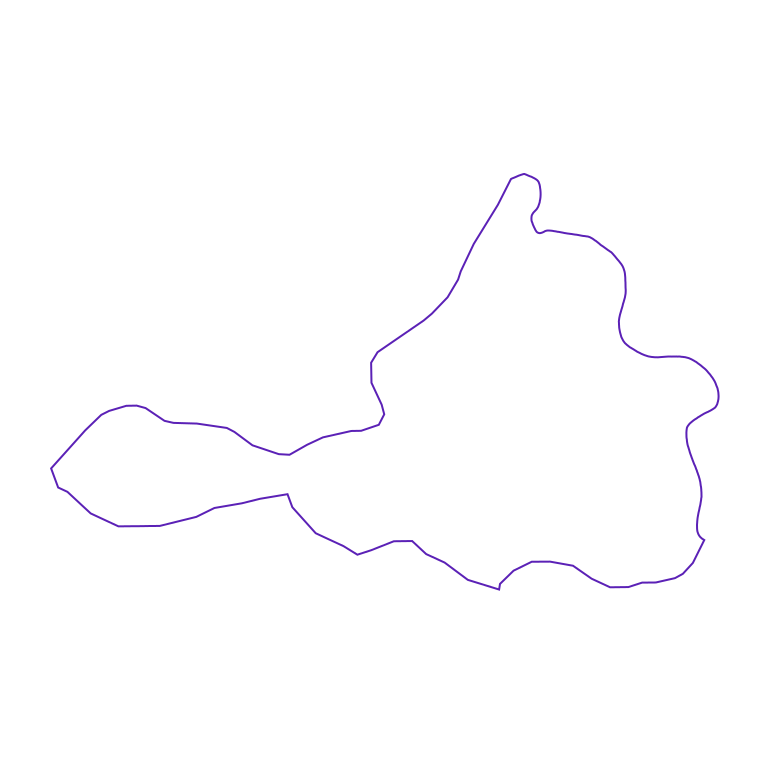 the district of Usi, Chagang-do, North Korea, rotated 89°
{"feature_id": "82179303B10804861284408", "entity_name": "Usi", "entity_type": "district", "adm_level": 2, "iso_a3": "PRK", "parent_name": "North Korea", "parent_adm1": "Chagang-do", "projection": "natural_earth1", "projection_center": [125.541, 40.577], "detail": "fine", "context": "isolated", "style": "outline", "palette": "violet", "viewbox_px": 768, "rotation_deg": 89, "n_neighbors": 0, "source": "geoboundaries", "source_scale": "gbopen_adm2", "svg_char_len": 5865}
<svg xmlns="http://www.w3.org/2000/svg" viewBox="0 0 768 768"><g transform="rotate(89 384 384)"><path d="M545.6,66.5L544.8,67.7L544.2,68.7L543.4,69.5L542.7,70.3L541.7,71.1L540.6,71.8L539.4,72.4L538.2,72.8L536.9,73.2L535.5,73.4L533.8,73.5L531.8,73.5L530.1,73.5L528.2,73.3L526.7,73.2L525.0,73.0L523.4,72.8L521.8,72.5L519.8,72.1L518.3,71.8L517.1,71.5L515.6,71.1L514.2,70.8L512.7,70.5L511.3,70.1L510.0,69.8L507.7,69.4L505.6,69.0L503.8,68.8L502.5,68.5L500.6,68.5L499.3,68.5L497.7,68.5L496.4,68.6L495.3,68.6L494.0,68.7L492.6,68.8L491.0,69.1L489.2,69.3L487.4,69.5L486.2,69.8L484.6,70.1L483.2,70.5L481.6,70.9L480.3,71.4L478.6,71.9L477.3,72.4L475.8,72.8L474.4,73.4L472.8,73.9L471.2,74.5L469.7,75.2L468.1,75.8L466.7,76.3L465.4,76.8L464.1,77.2L462.8,77.7L461.2,78.2L459.8,78.7L458.3,79.2L457.3,79.5L456.4,79.7L455.3,80.0L454.0,80.4L452.5,80.8L451.0,81.3L449.7,81.6L447.8,81.9L446.3,82.1L444.5,82.2L443.5,82.4L442.0,82.5L440.7,82.5L439.2,82.5L437.9,82.5L436.7,82.4L435.6,82.3L434.3,82.1L433.1,81.9L432.0,81.4L431.1,80.8L430.2,80.1L429.1,79.2L428.2,78.2L427.3,77.1L426.5,76.1L425.8,75.2L425.2,74.3L424.6,73.4L424.0,72.3L423.4,71.4L422.7,70.5L422.1,69.3L421.6,68.5L420.9,67.4L420.3,66.3L419.7,65.3L419.1,64.2L418.5,62.9L417.9,61.6L417.5,60.5L416.9,59.4L416.4,58.3L415.8,57.2L415.2,56.2L414.6,55.2L413.8,54.0L413.2,53.2L412.3,52.6L411.6,52.1L410.7,51.6L409.7,51.1L408.5,50.8L407.3,50.4L406.3,50.2L405.0,49.9L403.8,49.8L402.6,49.7L401.1,49.7L399.5,49.8L399.0,49.8L398.0,49.9L396.8,50.1L395.4,50.4L394.2,50.6L393.1,51.0L391.9,51.5L390.5,52.0L389.3,52.4L388.1,52.9L387.0,53.4L385.8,54.1L384.6,54.8L383.3,55.6L382.3,56.4L381.1,57.2L380.1,57.9L379.2,58.7L378.4,59.4L377.5,60.1L376.5,60.9L375.5,61.8L374.7,62.6L373.9,63.5L373.1,64.5L372.3,65.4L371.8,66.0L371.2,66.6L370.6,67.4L369.8,68.4L369.1,69.4L368.2,70.5L367.4,71.5L366.8,72.6L366.2,73.5L365.4,74.9L364.7,76.1L364.2,77.2L363.7,78.2L363.3,79.3L363.0,80.4L362.7,81.5L362.4,82.6L362.3,83.7L362.1,84.7L362.0,86.2L361.7,87.6L361.7,88.3L361.7,90.0L361.6,91.3L361.6,92.8L361.6,94.5L361.6,95.8L361.5,97.7L361.5,99.5L361.6,101.4L361.7,103.2L361.8,104.9L361.9,106.6L362.0,108.2L362.1,109.7L362.0,111.1L362.0,112.6L361.8,114.4L361.7,115.3L361.6,116.1L361.3,117.7L361.0,119.2L360.5,120.7L360.1,121.8L359.7,123.0L359.2,124.1L358.6,125.5L358.0,126.7L357.3,127.9L356.7,129.2L356.0,130.5L355.2,131.6L354.6,132.6L353.7,133.9L353.0,135.1L352.1,136.5L351.5,137.6L350.8,138.4L349.9,139.5L349.0,140.6L348.2,141.4L347.4,142.3L346.3,143.1L345.0,144.0L343.6,144.7L342.4,145.3L341.1,145.9L339.5,146.3L338.0,146.7L336.4,147.1L334.7,147.4L333.0,147.7L331.3,147.9L330.4,147.9L328.7,148.0L327.2,148.0L325.6,148.1L323.4,147.8L322.1,147.6L320.4,147.2L318.7,146.8L317.1,146.3L315.5,145.8L313.8,145.3L312.0,144.7L310.4,144.2L308.0,143.6L306.0,142.9L304.9,142.6L303.3,142.1L301.6,141.6L299.5,141.2L298.0,140.9L296.7,140.8L295.2,140.7L293.6,140.7L292.0,140.8L290.3,140.8L288.7,140.8L286.6,140.8L285.0,140.9L283.7,140.9L282.1,140.9L280.4,141.0L279.1,141.1L277.8,141.2L276.5,141.4L275.5,141.6L274.5,141.9L273.5,142.2L272.5,142.5L271.5,142.9L270.4,143.4L269.5,143.9L268.9,144.3L268.2,144.7L267.2,145.5L266.1,146.3L264.9,147.2L264.0,148.0L262.9,148.9L262.0,149.6L261.1,150.3L260.2,151.0L259.3,151.8L258.3,152.6L257.5,153.3L256.6,154.1L256.0,154.8L255.4,155.8L254.6,156.8L253.9,157.9L253.1,158.9L252.2,160.1L251.3,161.3L250.3,162.6L249.5,163.8L249.1,164.4L248.4,165.3L247.5,166.2L246.7,167.2L245.9,168.1L245.3,168.9L244.6,169.7L244.1,170.6L243.4,171.5L242.7,172.4L242.1,173.3L241.5,174.4L240.9,175.4L240.5,176.4L240.1,177.6L239.9,179.1L239.6,180.7L239.5,181.8L239.3,183.1L238.9,185.0L238.5,186.8L238.1,188.9L237.9,190.6L237.6,192.3L237.3,193.8L237.1,195.4L236.9,196.7L236.7,198.1L236.4,199.6L236.2,200.9L235.8,202.5L235.5,204.0L235.2,205.4L234.9,207.0L234.8,208.0L234.6,208.7L234.3,210.2L234.1,211.5L233.8,212.9L233.6,214.4L233.5,215.6L233.4,216.8L233.4,217.9L233.6,219.1L234.0,220.4L234.7,221.6L235.3,223.0L235.6,224.0L235.8,224.8L235.9,225.7L235.7,226.7L235.4,227.5L234.9,228.3L234.3,228.9L233.3,229.5L232.5,230.0L231.3,230.5L230.3,231.0L229.2,231.5L228.2,231.9L227.1,232.4L225.9,232.7L225.1,233.0L224.3,233.3L223.4,233.6L222.0,233.7L220.7,233.7L219.8,233.6L218.9,233.5L218.0,233.3L217.2,232.9L216.4,232.4L215.6,231.9L214.9,231.3L214.3,230.7L213.6,230.0L212.7,229.1L211.9,228.3L210.8,227.6L209.7,226.9L208.5,226.4L207.1,225.9L206.0,225.5L204.7,225.1L203.6,225.0L202.6,224.7L201.4,224.5L200.1,224.3L198.9,224.2L197.4,224.1L196.4,224.1L194.9,224.1L193.3,224.2L192.1,224.3L190.8,224.5L189.6,224.6L188.3,224.8L187.3,225.0L186.4,225.3L185.5,225.6L184.7,225.9L184.1,226.3L183.4,226.8L182.8,227.4L182.4,227.9L181.8,228.7L181.1,229.8L180.5,230.9L180.0,231.9L179.4,232.9L179.0,234.1L178.5,235.3L178.1,236.2L177.7,237.1L177.2,238.0L177.0,238.7L176.9,238.9L176.5,239.8L176.5,240.6L176.7,241.5L177.0,242.4L177.3,243.5L177.7,244.6L178.0,245.6L178.6,247.0L179.2,248.4L179.8,249.9L180.3,251.2L180.6,252.1L181.0,252.9L181.3,253.5L206.8,267.0L245.5,291.8L272.7,305.3L280.9,308.1L298.4,318.9L314.4,334.8L321.2,343.2L352.1,389.9L362.5,396.5L382.6,396.5L404.6,386.7L414.3,384.3L424.7,389.9L430.4,407.7L430.4,417.5L436.3,446.0L443.4,461.9L453.1,479.7L452.3,490.4L443.0,516.6L429.3,534.4L425.2,541.9L420.3,571.8L419.2,595.2L417.0,604.1L403.9,622.8L401.3,631.7L401.3,642.0L406.1,659.3L409.9,667.2L425.2,683.6L433.2,691.0L462.6,718.3L481.8,711.6L486.3,702.4L499.5,688.7L508.3,679.5L512.8,670.3L521.7,652.0L521.8,638.2L521.9,629.1L521.9,622.2L522.0,610.7L517.8,592.4L513.6,574.0L505.0,555.7L500.8,528.2L496.6,509.9L492.5,482.4L505.6,477.8L532.0,454.9L536.5,445.7L545.4,427.3L554.2,413.6L550.0,399.8L541.4,376.9L541.5,358.6L554.8,344.8L563.6,326.5L581.3,303.6L591.5,272.5L585.9,271.5L572.9,257.7L564.3,239.4L564.5,221.1L569.0,198.2L582.3,179.8L591.2,161.5L591.3,143.2L587.1,129.4L587.2,115.7L583.2,96.5L579.0,88.5L568.3,78.3L545.6,66.5Z" fill="none" stroke="#5b21b6" stroke-width="2"/></g></svg>